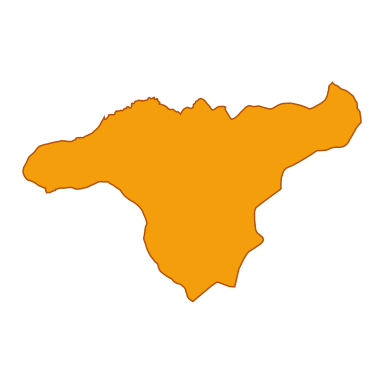 outline of Sanasomboon, Champasak, Laos
{"feature_id": "54806243B13253322740036", "entity_name": "Sanasomboon", "entity_type": "district", "adm_level": 2, "iso_a3": "LAO", "parent_name": "Laos", "parent_adm1": "Champasak", "projection": "mercator", "projection_center": [105.689, 15.318], "detail": "fine", "context": "isolated", "style": "filled", "palette": "amber", "viewbox_px": 384, "rotation_deg": 0, "n_neighbors": 0, "source": "geoboundaries", "source_scale": "gbopen_adm2", "svg_char_len": 5949}
<svg xmlns="http://www.w3.org/2000/svg" viewBox="0 0 384 384"><path d="M361.0,122.5L360.7,117.4L360.2,114.6L359.9,111.8L357.3,108.2L357.1,103.1L355.0,99.7L353.4,96.4L350.4,93.8L346.2,90.7L341.1,88.9L338.9,87.0L337.3,85.8L334.9,84.9L332.9,83.2L332.6,82.5L329.1,85.8L328.7,88.1L328.7,89.5L327.0,96.5L325.1,100.1L321.0,103.3L317.5,105.3L313.1,107.7L310.2,108.8L309.3,108.9L305.7,107.2L300.4,105.3L293.6,103.7L290.4,103.2L283.2,103.5L281.7,103.8L278.1,105.2L273.0,108.2L271.3,108.9L269.1,108.9L264.1,107.6L259.1,106.1L257.6,106.1L255.3,106.5L253.2,106.6L249.4,105.6L247.8,106.1L246.1,107.1L240.4,112.6L238.9,114.6L237.4,116.0L234.7,118.1L233.1,118.9L231.6,119.4L230.4,118.1L229.5,116.8L228.1,114.3L226.1,111.1L225.5,109.9L225.2,109.1L225.2,108.8L225.2,108.4L225.6,107.6L225.6,107.1L223.8,106.4L218.9,106.6L217.4,107.2L215.4,108.7L213.6,109.8L212.5,109.9L212.0,109.9L209.3,106.1L207.4,104.1L206.4,102.8L205.7,101.7L204.4,100.3L202.4,99.1L201.1,98.6L200.1,98.7L199.1,99.1L197.9,100.5L196.1,101.3L195.6,101.9L195.4,103.0L195.1,103.4L194.9,103.6L194.2,103.9L193.6,104.3L193.4,104.7L193.3,105.0L193.4,105.8L193.1,107.1L192.4,107.8L191.5,108.3L190.8,108.5L190.3,108.4L188.2,107.5L187.4,107.3L186.4,107.7L185.4,108.2L183.6,109.3L182.6,110.6L180.5,114.1L179.5,113.0L178.8,112.6L178.0,111.8L177.6,111.6L177.1,111.9L176.6,111.9L176.1,111.7L175.1,111.0L173.4,109.6L172.7,109.3L171.9,109.4L171.5,109.4L170.9,109.7L169.7,109.5L169.4,109.3L169.1,109.2L168.9,109.1L168.8,108.7L168.6,108.6L167.9,108.5L167.7,108.4L167.5,108.2L167.4,107.7L167.2,107.3L167.0,107.1L165.7,106.5L165.3,106.0L164.6,105.9L163.7,105.1L163.0,105.2L162.4,105.0L161.5,104.4L160.7,104.2L159.3,104.2L159.2,104.1L159.1,103.8L159.2,103.5L159.6,103.1L159.7,102.8L159.7,102.5L159.7,102.3L159.4,102.0L158.4,101.4L158.0,101.0L157.4,100.0L157.5,99.8L157.7,99.5L157.7,99.3L157.4,98.9L157.2,98.8L156.5,98.8L156.1,99.2L155.5,99.3L155.1,99.6L154.7,99.6L154.3,99.2L154.3,98.6L154.5,97.9L154.4,97.6L154.2,97.4L153.7,97.6L153.2,97.6L153.0,97.8L152.1,98.6L151.4,98.8L151.1,98.8L150.5,98.2L149.7,97.9L149.4,97.7L149.0,97.7L148.7,97.9L148.5,98.1L147.6,99.6L147.1,100.2L146.9,100.2L146.4,100.3L146.2,100.2L145.4,100.3L144.6,100.5L143.1,101.1L142.9,101.0L142.6,100.6L142.0,100.5L141.2,100.8L140.7,100.8L139.4,100.3L138.8,100.2L138.5,100.3L137.7,100.8L137.3,101.0L136.1,101.1L135.4,101.4L134.9,101.7L134.6,102.0L134.4,103.0L134.0,103.4L133.5,103.6L132.8,103.6L132.2,103.2L131.9,103.5L131.7,103.7L131.7,104.2L131.4,104.9L131.4,105.3L131.7,106.3L130.9,107.7L130.3,108.0L130.1,108.0L129.7,108.0L129.3,107.7L128.7,107.0L128.3,106.7L127.9,106.6L127.5,106.7L126.8,107.3L126.5,107.5L126.4,107.8L126.4,108.3L126.2,108.6L124.9,108.6L124.4,108.7L123.7,109.1L123.5,109.5L123.3,110.0L123.1,110.2L122.9,110.5L122.5,110.7L121.9,110.7L121.2,110.3L120.8,110.3L120.5,110.4L120.0,110.8L119.7,110.9L118.8,111.0L118.5,111.1L118.0,111.3L117.6,111.4L117.0,111.0L116.7,111.0L116.4,111.0L116.0,111.3L115.2,112.4L115.0,112.7L115.0,113.4L114.9,113.7L114.6,114.2L114.1,114.6L113.8,114.8L113.5,114.8L112.0,114.6L110.3,114.7L108.8,114.9L108.6,115.0L108.5,116.0L108.1,116.9L107.2,118.0L106.3,118.7L105.4,119.3L104.9,119.4L104.6,119.4L104.5,119.0L104.2,117.3L103.6,118.6L102.2,121.0L101.7,121.4L101.7,121.8L101.6,122.1L101.3,122.6L100.9,123.0L101.0,123.2L100.5,124.0L100.1,124.9L99.6,125.5L99.3,126.0L97.7,128.0L92.2,133.2L84.3,136.8L84.0,137.2L83.6,137.5L82.2,137.9L81.7,137.6L80.9,137.5L80.0,137.6L79.5,137.9L79.0,137.7L78.5,137.6L77.6,137.6L76.2,138.2L75.7,138.8L75.6,139.6L73.8,140.3L71.7,141.5L69.7,141.5L66.9,141.3L65.1,141.0L61.6,140.8L59.7,141.1L58.7,141.6L56.6,141.7L52.5,142.7L50.8,143.0L48.3,143.8L44.4,144.6L43.4,145.0L42.2,145.3L40.6,145.8L39.2,146.4L36.9,148.7L34.1,152.4L30.4,155.6L28.7,157.5L26.7,162.1L23.7,167.5L23.1,170.6L23.0,171.8L23.3,173.1L24.3,175.8L25.6,177.8L27.0,179.5L28.6,180.4L30.4,180.7L31.7,181.2L32.2,181.5L34.8,182.7L37.5,184.7L38.2,185.2L39.5,185.9L41.9,186.8L44.4,188.1L45.6,188.0L45.5,189.0L45.6,189.7L45.7,190.8L46.6,192.7L48.4,192.6L49.8,192.5L53.9,190.7L55.5,190.2L55.8,189.2L56.0,189.3L57.2,189.0L59.5,188.2L60.8,188.1L61.2,187.9L61.9,188.1L62.8,188.2L69.2,187.5L70.2,187.5L71.6,187.5L72.7,187.8L74.1,188.3L74.8,188.7L76.5,189.1L81.2,188.7L84.9,187.8L88.1,186.9L89.4,186.2L91.2,185.2L94.9,183.7L97.1,182.5L98.7,181.9L100.8,181.6L102.4,181.8L103.6,181.9L106.5,181.8L108.0,181.9L108.7,182.3L109.3,182.9L110.0,183.5L112.8,184.9L113.6,185.4L116.9,187.9L118.8,189.0L120.0,189.8L122.4,193.1L124.4,195.7L126.6,197.4L129.1,199.5L133.4,202.0L136.4,204.1L139.7,207.1L142.3,210.7L143.7,214.2L144.9,216.8L146.2,220.2L147.0,223.7L145.7,226.2L145.1,229.3L144.8,232.6L144.2,236.1L143.7,238.1L144.1,240.1L145.3,243.2L146.4,247.0L147.3,249.7L149.8,254.6L151.1,256.7L153.1,259.2L154.9,261.6L157.7,264.0L158.2,266.2L158.8,268.2L160.0,270.8L162.2,272.9L167.3,276.5L170.8,278.6L171.6,278.6L172.0,278.9L172.4,279.8L173.1,280.7L174.4,281.9L177.1,283.5L178.3,283.6L179.5,284.0L181.3,284.9L181.8,285.2L182.1,285.7L183.5,286.7L184.4,287.7L185.6,289.4L185.9,291.7L186.8,293.6L187.4,296.5L188.8,298.5L190.3,299.8L192.8,301.5L210.7,286.5L215.5,283.0L216.5,282.5L217.1,282.3L218.1,282.3L219.2,282.6L228.4,286.1L229.8,286.5L234.7,286.9L238.4,270.9L239.1,268.5L241.6,263.3L244.0,258.6L246.6,254.2L248.7,251.8L251.2,250.1L255.8,247.2L260.7,243.8L262.0,242.4L263.0,241.2L263.2,239.9L263.1,238.4L262.2,236.9L257.4,233.0L256.5,231.6L255.7,229.9L254.6,220.4L254.5,213.1L254.7,210.8L255.3,209.1L256.0,207.5L256.8,207.0L261.4,203.3L269.8,197.1L280.5,189.3L281.1,188.4L280.8,186.3L281.0,181.7L281.5,176.9L282.2,175.4L282.5,174.0L283.2,172.3L283.8,170.8L284.8,169.6L286.3,168.2L288.3,167.1L290.9,166.1L293.3,165.1L296.3,163.3L298.7,162.1L311.9,154.1L314.7,152.0L316.5,151.0L318.2,150.5L320.8,150.6L323.6,150.4L326.5,150.1L331.3,148.0L333.1,147.5L336.1,147.2L338.3,147.4L341.2,147.0L343.5,146.5L345.3,145.4L346.8,144.2L348.4,142.1L350.0,139.0L351.5,136.6L356.4,127.9L358.3,125.4L361.0,122.5Z" fill="#f59e0b" stroke="#b45309" stroke-width="1.5"/></svg>